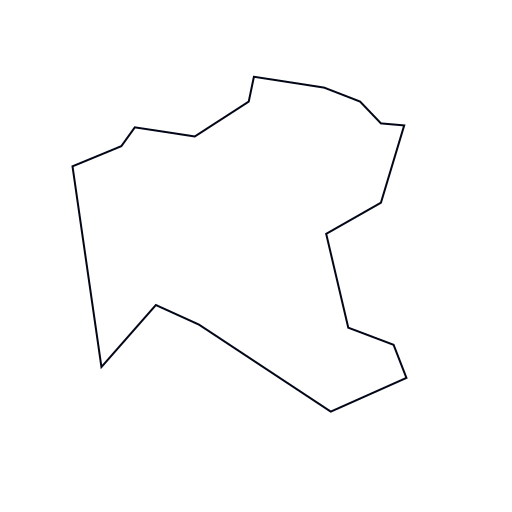 the border of Solihull, rotated 162°
{"feature_id": "GBR-5695", "entity_name": "Solihull", "entity_type": "Metropolitan Borough", "adm_level": 1, "iso_a3": "GBR", "parent_name": "United Kingdom", "parent_adm1": "", "projection": "robinson", "projection_center": [-1.737, 52.417], "detail": "fine", "context": "isolated", "style": "outline", "palette": "ink", "viewbox_px": 512, "rotation_deg": 162, "n_neighbors": 0, "source": "natural_earth", "source_scale": "10m", "svg_char_len": 402}
<svg xmlns="http://www.w3.org/2000/svg" viewBox="0 0 512 512"><g transform="rotate(162 256 256)"><path d="M437.3,198.2L402.8,398.0L350.1,402.1L331.5,415.8L277.3,388.6L215.2,405.1L202.6,427.1L139.2,395.1L109.3,370.7L96.2,343.5L74.7,334.4L120.7,268.1L182.4,255.4L190.4,159.3L152.6,129.0L150.6,93.6L233.0,84.9L331.4,208.3L366.4,240.3L437.3,198.2Z" fill="none" stroke="#020617" stroke-width="2"/></g></svg>